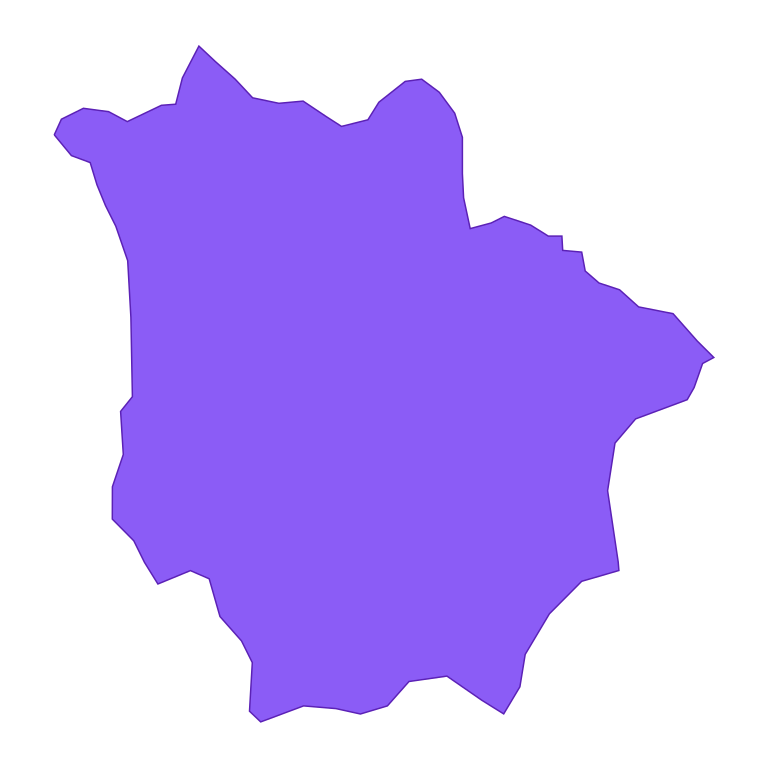 Vaggeryd, Jönköping, Sweden (orthographic projection)
{"feature_id": "70781695B19954774542686", "entity_name": "Vaggeryd", "entity_type": "district", "adm_level": 2, "iso_a3": "SWE", "parent_name": "Sweden", "parent_adm1": "Jönköping", "projection": "orthographic", "projection_center": [14.158, 57.502], "detail": "fine", "context": "isolated", "style": "filled", "palette": "violet", "viewbox_px": 768, "rotation_deg": 0, "n_neighbors": 0, "source": "geoboundaries", "source_scale": "gbopen_adm2", "svg_char_len": 1137}
<svg xmlns="http://www.w3.org/2000/svg" viewBox="0 0 768 768"><path d="M618.9,570.5L618.2,562.0L607.6,490.7L615.0,443.1L635.6,418.9L687.2,399.7L694.1,387.6L702.6,363.5L713.8,357.5L697.3,341.1L673.1,313.7L638.6,306.9L619.6,289.8L599.0,283.0L585.2,271.0L581.7,252.1L562.7,250.4L561.9,236.1L548.3,236.1L530.7,225.1L504.3,216.4L491.1,223.0L470.2,228.6L463.6,197.8L462.4,173.6L462.4,137.3L454.7,113.2L439.3,92.3L421.7,79.2L405.2,81.4L378.9,102.2L367.9,119.8L341.5,126.4L326.1,116.5L303.1,101.1L278.9,103.3L252.6,97.8L235.1,79.1L215.3,61.5L198.9,46.1L182.4,77.9L175.7,104.2L161.4,105.3L127.3,121.6L108.7,111.7L83.4,108.3L61.4,119.2L54.2,135.0L54.3,134.9L71.4,155.6L90.2,162.6L97.0,184.9L105.5,205.6L115.8,226.2L127.7,260.7L130.9,317.4L132.4,396.7L120.6,411.4L123.3,454.5L112.4,486.8L112.3,519.1L133.8,540.8L144.5,562.4L157.9,584.0L190.4,570.6L209.2,578.8L220.0,616.6L241.5,640.9L252.3,662.6L249.5,711.2L260.7,721.9L303.6,705.9L336.0,708.6L360.4,714.0L387.4,705.9L409.0,681.5L446.9,676.1L482.0,700.4L503.7,713.9L519.9,686.8L525.2,654.4L549.4,613.8L581.7,581.3L606.9,574.0L618.9,570.5Z" fill="#8b5cf6" stroke="#5b21b6" stroke-width="1.5"/></svg>